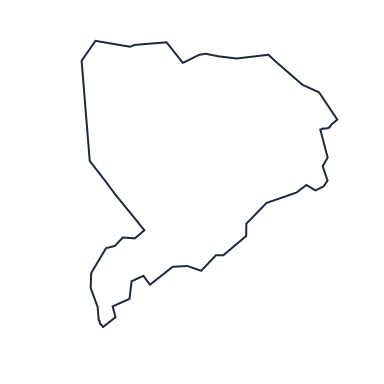 the district of McDowell, North Carolina, United States of America, rotated 190°
{"feature_id": "52423323B54593628096375", "entity_name": "McDowell", "entity_type": "district", "adm_level": 2, "iso_a3": "USA", "parent_name": "United States of America", "parent_adm1": "North Carolina", "projection": "robinson", "projection_center": [-82.082, 35.739], "detail": "fine", "context": "isolated", "style": "outline", "palette": "slate", "viewbox_px": 384, "rotation_deg": 190, "n_neighbors": 0, "source": "geoboundaries", "source_scale": "gbopen_adm2", "svg_char_len": 1047}
<svg xmlns="http://www.w3.org/2000/svg" viewBox="0 0 384 384"><g transform="rotate(190 192 192)"><path d="M235.0,75.9L236.0,93.6L225.3,101.0L217.3,93.4L198.0,115.0L183.7,118.3L169.3,116.0L157.4,133.9L150.2,135.1L131.0,158.1L133.0,170.2L132.9,170.3L132.7,170.6L116.7,194.2L89.0,209.6L80.6,218.8L70.7,215.0L63.3,220.5L60.7,226.4L60.5,226.8L67.8,240.0L64.4,249.5L76.5,275.8L74.3,277.0L73.4,277.5L72.9,277.2L72.1,277.4L71.4,277.9L70.8,277.9L69.4,278.4L68.9,278.9L67.9,279.3L67.8,280.0L66.9,281.3L66.9,282.1L61.5,288.5L84.2,312.2L101.7,316.7L130.3,333.8L140.6,340.4L171.3,331.2L189.5,330.2L202.7,330.5L208.8,328.3L223.4,317.6L243.1,335.0L273.9,326.9L278.3,324.3L293.9,324.2L313.3,324.1L323.5,302.1L298.1,204.8L279.3,187.8L267.3,176.4L250.5,161.9L232.3,146.1L240.2,136.4L252.2,135.2L258.7,125.4L266.9,121.8L277.2,94.7L275.1,79.8L264.9,62.3L262.0,51.0L261.7,50.8L261.8,50.0L261.7,49.7L260.4,48.6L260.3,48.3L260.1,47.0L259.8,46.2L259.5,46.0L258.9,46.1L256.2,43.6L245.6,55.4L250.3,65.6L235.0,75.9Z" fill="none" stroke="#1e293b" stroke-width="2"/></g></svg>